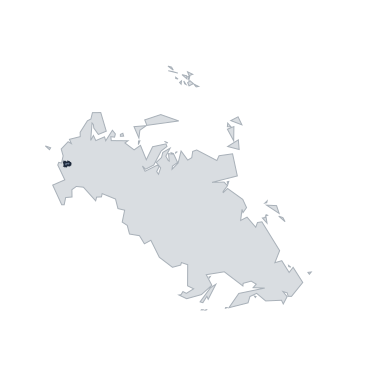 Russia, with Kaluga highlighted, rotated 39°
{"feature_id": "RUS-2361", "entity_name": "Kaluga", "entity_type": "Region", "adm_level": 1, "iso_a3": "RUS", "parent_name": "Russia", "parent_adm1": "", "projection": "mercator", "projection_center": [35.421, 54.295], "detail": "fine", "context": "in_parent", "style": "filled", "palette": "slate", "viewbox_px": 384, "rotation_deg": 39, "n_neighbors": 0, "source": "natural_earth", "source_scale": "10m", "svg_char_len": 5244}
<svg xmlns="http://www.w3.org/2000/svg" viewBox="0 0 384 384"><g transform="rotate(39 192 192)"><path d="M255.0,278.3L246.6,280.3L248.1,278.7L247.6,275.1L251.4,274.3L254.2,266.2L247.6,267.7L234.4,251.2L228.2,253.5L229.2,255.9L224.2,262.8L207.7,263.3L190.4,255.4L187.6,262.2L178.7,259.0L169.9,264.0L162.7,258.7L156.7,259.3L151.1,248.5L144.9,251.5L137.0,245.6L123.2,249.8L124.7,252.8L121.1,256.0L122.7,259.5L104.6,256.6L98.6,260.5L97.2,265.8L101.9,271.4L97.3,275.8L100.7,282.4L98.8,283.9L79.4,274.3L85.5,262.6L70.7,255.5L69.8,252.8L72.4,251.6L69.1,245.0L63.3,240.9L64.1,230.9L67.8,230.3L63.6,228.2L70.3,219.3L67.5,216.0L65.9,202.5L67.5,198.9L64.7,193.0L71.1,187.7L87.1,198.7L83.0,206.2L75.5,204.1L72.8,201.6L70.9,201.3L80.8,215.7L79.8,210.1L84.9,212.6L89.3,204.2L92.7,206.5L91.3,194.1L95.9,195.1L97.3,198.1L94.1,200.1L96.9,202.9L110.0,192.5L109.0,196.1L120.5,195.7L122.6,188.2L136.2,195.7L132.9,181.6L141.5,171.0L143.9,172.4L142.2,179.5L145.3,195.1L141.6,203.5L137.1,203.0L142.5,205.4L148.0,193.2L150.4,192.6L151.7,198.4L154.8,199.3L152.5,193.0L145.6,191.5L146.6,184.4L144.4,179.6L147.4,171.7L149.1,180.6L153.7,182.5L154.9,182.3L149.6,177.0L154.0,174.1L162.2,178.1L160.5,184.2L162.2,186.9L163.0,178.3L157.7,167.0L168.6,169.9L170.2,165.5L167.0,160.0L169.2,156.4L191.5,151.9L190.2,146.8L199.5,136.8L217.1,151.0L201.5,171.9L210.7,164.1L215.6,164.8L215.8,171.5L216.1,172.6L216.7,172.7L217.4,166.9L236.1,165.8L244.2,169.8L244.6,175.9L241.8,174.0L247.7,183.5L250.6,176.9L263.7,179.3L262.1,174.5L265.1,171.2L297.0,182.4L300.9,194.8L305.0,188.9L318.1,193.4L318.0,186.9L335.0,192.6L335.0,210.5L332.4,212.5L329.4,210.5L325.3,212.1L331.8,213.5L333.4,221.6L329.7,219.8L317.8,230.3L306.0,230.1L302.8,236.8L305.3,242.9L293.5,258.7L292.2,241.4L309.0,220.9L299.7,227.9L299.9,223.2L294.1,224.0L289.2,230.8L290.7,233.0L267.3,233.7L255.1,247.3L266.1,252.0L263.9,265.8L255.0,278.3ZM137.0,145.1L115.0,168.6L109.9,165.7L119.0,151.5L137.0,145.1ZM268.6,248.7L272.1,265.2L269.2,263.7L270.1,271.2L267.4,272.3L266.6,255.0L268.6,248.7ZM105.8,177.7L114.7,169.3L112.6,176.8L116.8,183.5L105.8,177.7ZM258.2,155.3L266.3,149.4L273.2,153.8L258.2,155.3ZM183.4,114.8L192.2,126.0L180.0,120.9L183.4,114.8ZM180.5,104.6L188.5,108.4L177.2,112.1L180.5,104.6ZM195.2,122.3L201.9,129.3L191.1,134.2L195.2,122.3ZM274.6,156.2L278.7,154.7L283.0,156.5L274.6,156.2ZM49.0,248.5L54.3,246.6L54.6,248.8L49.0,248.5ZM101.6,110.4L106.2,108.5L97.2,112.7L101.6,110.4ZM265.6,165.1L269.9,169.0L263.1,167.9L265.6,165.1ZM103.7,191.6L101.3,193.8L100.1,192.3L101.3,189.9L103.7,191.6ZM110.4,107.1L114.7,105.0L116.9,107.3L110.4,107.1ZM124.9,106.9L122.9,111.4L119.8,109.8L120.5,106.8L124.9,106.9ZM129.1,107.7L125.5,107.0L130.7,105.8L129.1,107.7ZM119.3,185.0L120.5,188.9L118.3,186.0L119.3,185.0ZM181.3,116.8L178.4,119.0L176.4,116.0L181.3,116.8ZM112.9,101.4L118.5,100.1L116.5,103.4L112.9,101.4ZM335.0,182.1L332.7,181.5L335.0,179.1L335.0,182.1ZM97.5,107.8L100.8,109.1L94.1,109.3L97.5,107.8ZM141.8,169.5L138.7,170.0L141.8,169.1L141.8,169.5ZM213.9,160.6L215.1,163.6L212.9,161.9L213.9,160.6ZM316.1,188.2L314.2,189.1L313.2,188.3L316.1,188.2ZM118.2,112.5L115.7,110.9L119.7,112.2L118.2,112.5ZM117.5,103.6L119.1,106.9L116.1,104.8L117.5,103.6ZM277.8,273.7L277.3,274.7L276.0,276.2L277.8,273.7ZM113.9,112.2L115.7,115.1L113.4,114.7L113.9,112.2ZM153.8,173.6L151.6,174.8L151.1,174.6L153.8,173.6ZM307.6,234.1L306.0,233.6L307.5,232.9L307.6,234.1ZM265.4,162.5L264.4,164.7L263.9,163.0L265.4,162.5ZM259.4,246.2L259.6,247.8L258.7,247.4L259.4,246.2ZM292.4,259.3L291.1,261.3L290.8,260.7L292.4,259.3ZM110.1,113.0L107.9,114.0L107.1,113.1L110.1,113.0ZM155.2,169.9L154.7,172.0L154.3,171.4L155.2,169.9ZM256.8,153.3L255.6,154.8L256.0,151.6L256.8,153.3ZM273.4,277.5L275.4,276.1L273.4,277.8L273.4,277.5Z" fill="#d9dde1" stroke="#a8b0b8" stroke-width="1"/><path d="M78.2,251.0L78.1,250.9L78.1,251.0L77.9,251.1L77.9,251.3L77.7,251.3L77.7,251.2L77.5,251.3L77.4,251.4L77.4,251.5L77.2,251.5L77.3,251.6L77.2,251.7L77.2,251.8L77.1,252.0L77.0,251.9L76.9,251.9L76.9,252.0L76.9,251.9L76.9,252.0L76.6,251.9L76.5,252.0L76.5,251.9L76.5,251.7L76.4,251.7L76.2,251.7L75.9,251.7L75.7,251.6L75.6,251.4L75.5,251.2L75.5,250.9L75.4,250.8L75.4,250.7L75.2,250.5L75.2,250.4L75.0,250.2L74.9,250.2L74.8,250.3L74.7,250.3L74.7,250.2L74.4,250.2L74.3,249.9L74.1,249.8L73.9,249.8L73.7,249.7L73.8,249.6L73.9,249.4L74.0,249.3L74.0,249.2L73.9,249.1L74.0,249.1L74.1,248.9L74.0,248.7L74.1,248.4L74.1,248.2L74.3,248.2L74.5,248.2L74.8,248.2L75.0,248.3L75.2,248.6L75.3,248.6L75.4,248.4L75.5,248.2L75.6,247.9L75.4,247.8L75.5,247.8L75.8,247.8L76.0,247.7L76.3,247.5L76.2,247.4L76.2,247.2L76.3,247.1L76.5,247.1L76.6,246.9L76.7,246.7L76.9,246.6L77.0,246.5L77.0,246.4L76.9,246.3L77.0,246.3L77.0,246.2L77.3,246.1L77.5,246.0L77.5,245.9L77.8,245.9L78.0,246.0L78.3,246.1L78.5,246.2L78.8,246.1L78.9,245.9L79.0,245.8L79.3,245.8L79.5,246.0L79.8,246.2L80.0,246.3L80.1,246.5L80.3,246.9L80.3,247.0L80.5,247.3L80.4,247.4L80.4,247.5L80.4,247.8L80.2,248.2L79.9,248.1L79.7,248.0L79.7,248.3L79.8,248.5L80.0,248.6L79.9,248.7L79.9,248.8L79.9,249.0L79.7,249.0L79.6,248.9L79.2,249.0L78.9,249.2L78.7,249.2L78.7,249.3L78.4,249.3L78.4,249.5L78.5,249.5L78.4,249.8L78.4,250.0L78.2,250.1L78.2,250.3L78.2,250.5L78.3,250.7L78.3,250.8L78.2,250.9L78.2,251.0Z" fill="#64748b" stroke="#1e293b" stroke-width="1.5"/></g></svg>